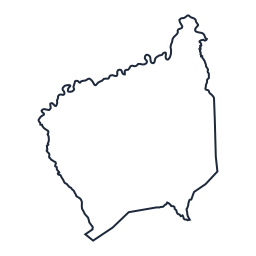 outline of San Francisco de Becerra, Olancho, Honduras
{"feature_id": "27666195B71120455883268", "entity_name": "San Francisco de Becerra", "entity_type": "district", "adm_level": 2, "iso_a3": "HND", "parent_name": "Honduras", "parent_adm1": "Olancho", "projection": "albers", "projection_center": [-86.058, 14.62], "detail": "fine", "context": "isolated", "style": "outline", "palette": "slate", "viewbox_px": 256, "rotation_deg": 0, "n_neighbors": 0, "source": "geoboundaries", "source_scale": "gbopen_adm2", "svg_char_len": 5604}
<svg xmlns="http://www.w3.org/2000/svg" viewBox="0 0 256 256"><path d="M189.8,219.7L189.0,218.5L187.6,215.6L187.4,214.7L187.2,212.5L186.5,209.2L187.1,208.5L188.0,206.0L188.2,205.2L188.5,202.9L189.4,200.1L190.2,199.6L191.3,199.5L194.0,192.0L205.7,184.0L217.4,171.5L215.8,156.6L214.8,119.8L214.0,98.1L213.3,96.6L212.0,95.1L211.2,94.3L209.8,93.3L209.4,92.6L208.9,91.2L208.5,90.5L208.0,90.2L206.1,89.7L205.7,89.4L205.4,88.8L205.4,88.4L205.8,86.7L205.9,85.1L207.1,82.0L207.0,80.3L207.1,79.9L207.4,79.4L208.6,78.3L208.9,77.8L208.8,73.7L208.7,73.2L208.1,72.7L207.7,71.8L207.6,71.4L208.0,70.0L208.0,69.5L207.1,67.9L206.1,66.5L205.8,64.3L204.8,61.7L204.6,60.9L203.9,60.0L203.6,59.3L203.0,58.6L202.4,57.9L202.3,57.4L202.2,56.2L201.0,56.3L201.1,55.0L200.6,54.5L200.5,54.1L200.7,52.5L199.9,51.4L200.2,50.5L199.5,49.2L200.4,49.0L200.6,48.9L200.5,48.0L200.0,47.4L200.1,47.1L200.4,47.0L200.5,46.7L200.2,45.8L200.4,45.7L201.1,45.7L201.3,45.4L201.1,45.0L201.2,44.5L201.1,43.8L200.7,43.1L199.5,41.8L199.5,41.5L199.6,41.2L200.2,40.8L201.3,40.2L203.1,39.8L203.5,39.8L203.9,40.2L204.4,40.5L205.3,40.5L206.1,40.1L206.7,39.4L206.8,38.9L206.0,38.6L205.4,38.0L205.1,37.4L204.7,36.1L204.2,34.9L203.4,34.0L202.5,33.2L201.0,32.8L198.1,32.3L196.1,31.6L195.5,31.1L195.1,30.1L195.3,28.9L195.9,27.8L198.0,25.5L198.1,25.2L198.0,24.6L196.2,22.1L195.5,19.7L195.0,19.1L193.8,18.3L190.9,17.3L190.2,16.8L189.4,16.0L188.6,15.5L188.0,15.4L187.4,15.6L184.4,17.8L183.3,18.1L182.1,18.1L181.4,18.3L180.5,18.8L179.4,19.8L179.5,20.7L180.0,22.4L182.2,26.1L182.3,26.5L182.1,27.3L181.9,27.8L181.4,28.2L178.3,29.4L177.7,30.5L177.8,32.4L177.4,33.4L176.6,34.4L173.9,37.0L172.6,39.0L172.0,42.3L171.2,44.1L170.6,46.4L170.6,47.4L171.1,50.5L170.9,54.0L169.9,57.2L169.0,58.5L168.3,59.3L167.8,59.6L167.2,59.5L166.5,59.2L166.0,58.6L165.8,57.9L165.6,56.6L165.9,54.6L165.9,53.4L165.8,52.9L165.5,52.7L165.1,52.5L164.7,52.6L163.7,52.9L163.3,53.1L162.7,53.9L162.2,54.6L161.9,54.9L161.2,55.1L159.0,55.5L158.3,56.1L157.1,56.7L156.4,57.3L155.7,58.0L155.3,58.5L154.6,61.5L154.3,62.3L153.5,63.1L153.1,63.1L152.5,63.1L151.9,62.9L151.4,62.5L150.8,61.7L150.5,59.8L150.3,57.7L150.1,56.9L149.9,56.4L149.0,55.6L148.0,55.0L147.3,54.8L146.6,54.8L145.8,55.2L145.1,56.3L144.8,58.2L145.1,58.9L146.5,60.5L146.9,61.2L146.9,61.7L146.8,62.3L146.5,63.0L146.1,63.4L144.6,64.3L143.9,64.4L142.1,64.4L139.7,63.9L138.1,64.0L137.1,65.1L136.5,65.6L135.8,66.0L135.0,66.2L134.3,66.2L132.4,65.7L131.6,65.8L131.0,66.0L130.4,66.4L129.1,68.7L128.3,69.6L127.9,69.8L126.1,69.9L125.5,70.2L125.1,70.6L124.8,71.1L124.7,71.6L124.9,74.0L124.8,74.4L123.9,74.4L122.7,73.6L122.2,72.6L121.5,70.7L121.0,70.0L120.0,69.7L118.8,69.9L118.2,70.1L117.9,70.4L117.3,71.7L117.2,72.7L117.4,74.3L117.1,75.2L116.7,75.8L116.1,76.0L115.2,76.0L112.6,75.2L111.3,75.3L110.5,75.6L109.8,76.0L108.8,78.1L108.3,78.6L108.0,78.7L105.9,78.6L103.9,78.9L103.3,79.4L102.1,80.7L99.9,81.6L99.3,82.0L98.2,82.5L96.2,84.8L95.6,85.2L95.0,85.1L94.4,84.7L93.9,84.0L93.8,83.5L93.0,82.5L92.9,82.0L92.5,81.4L91.8,80.7L91.2,79.9L89.5,78.7L88.8,78.7L87.9,79.0L86.2,80.1L85.4,80.5L83.0,80.8L81.3,81.3L80.9,81.6L80.4,82.4L80.0,82.6L79.5,82.6L79.0,82.3L78.5,81.5L77.6,81.0L76.7,80.8L75.8,80.9L75.2,81.2L74.9,81.6L74.4,83.9L73.5,86.5L73.5,87.3L74.1,89.0L74.1,89.5L73.7,90.1L73.2,90.6L72.4,91.3L71.8,91.5L70.0,91.8L68.9,91.7L68.3,91.5L67.9,90.9L67.9,89.8L68.1,88.9L69.0,87.4L70.2,86.2L70.3,85.7L70.1,85.4L69.2,85.1L67.9,85.1L66.4,85.3L64.8,85.8L64.4,86.1L62.9,87.7L62.6,88.8L62.6,89.4L62.8,90.0L64.0,91.5L64.3,92.2L64.4,93.2L64.3,94.1L63.8,94.6L63.2,94.9L60.9,94.5L60.0,94.6L59.1,95.0L58.4,95.7L58.1,96.3L57.9,98.4L57.0,100.4L57.2,102.5L57.2,103.1L56.5,105.1L56.1,105.8L55.9,106.0L55.6,106.0L54.9,105.8L53.0,103.8L52.3,103.3L51.9,103.1L51.1,103.3L50.4,103.6L50.2,104.1L50.7,107.5L50.6,108.3L50.1,109.0L49.3,109.9L48.9,110.0L48.2,109.9L44.2,109.1L43.2,109.3L42.0,110.0L41.6,110.6L41.7,111.3L42.0,111.8L42.6,112.5L43.8,113.4L44.0,114.0L43.9,114.6L43.7,114.9L41.7,116.0L40.6,116.9L38.9,119.3L38.6,120.0L38.8,120.9L39.3,121.9L40.1,122.7L40.4,124.7L42.1,124.8L42.5,126.4L43.1,127.0L44.1,128.3L44.9,128.7L45.7,129.4L46.8,130.0L47.3,130.5L47.8,130.7L48.3,131.5L48.4,132.1L48.1,133.2L48.1,133.8L47.7,134.0L47.6,134.4L48.6,136.3L48.8,138.4L48.8,140.7L48.5,142.0L47.8,143.4L48.3,144.5L47.7,145.3L47.0,145.5L46.8,145.9L47.1,147.2L47.0,148.0L47.4,149.5L47.2,150.0L46.7,150.3L46.7,150.9L47.2,151.6L49.1,153.6L49.3,154.3L49.3,155.6L49.1,157.1L49.3,157.6L50.1,158.2L51.3,159.8L52.7,160.5L53.7,161.3L55.3,162.0L55.6,162.4L55.9,163.4L55.3,165.0L55.2,166.3L55.5,166.5L56.6,167.0L56.8,167.5L56.8,168.7L56.9,169.6L59.2,172.2L59.3,172.6L59.2,172.7L57.9,173.2L57.8,173.5L58.0,174.1L58.6,174.7L60.2,175.0L60.6,175.3L61.8,177.8L63.2,179.8L63.8,181.3L64.6,182.7L65.1,183.2L66.0,183.5L66.9,184.1L69.2,186.9L69.9,187.3L70.7,187.6L71.0,187.8L72.2,189.5L73.4,190.4L74.1,191.2L74.8,192.9L75.9,194.7L76.3,196.1L79.8,198.3L80.5,199.0L81.3,200.3L81.7,201.4L81.9,202.5L81.8,206.6L82.1,208.9L83.3,210.9L84.8,214.0L88.0,217.6L88.3,218.3L89.4,222.5L91.4,225.2L91.6,225.6L92.4,226.4L92.8,227.3L92.4,228.9L92.5,229.4L85.3,234.3L93.1,240.6L112.6,227.6L128.7,212.2L156.6,207.4L157.7,207.4L159.0,207.5L160.8,207.0L162.9,206.8L163.6,206.3L165.1,204.7L166.3,204.3L166.9,202.9L167.2,202.5L168.7,203.2L169.7,204.2L170.3,204.5L170.6,204.9L170.7,205.5L171.1,205.9L171.6,206.1L173.3,206.2L174.3,206.8L174.5,207.2L174.7,208.9L175.9,209.9L176.3,210.3L176.9,212.6L177.6,213.7L178.3,214.2L179.1,214.4L179.6,214.6L180.8,216.2L181.2,216.1L182.3,215.4L182.6,215.4L183.2,216.6L183.7,218.5L184.3,219.2L185.0,219.5L186.6,219.6L187.7,220.2L188.5,220.1L189.8,219.7Z" fill="none" stroke="#1e293b" stroke-width="2"/></svg>